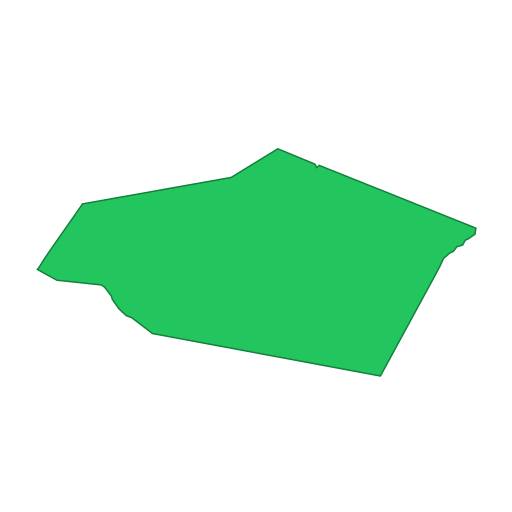 the district of Pedro Avelino, Rio Grande do Norte, Brazil, rotated 275°
{"feature_id": "56859067B85283372210040", "entity_name": "Pedro Avelino", "entity_type": "district", "adm_level": 2, "iso_a3": "BRA", "parent_name": "Brazil", "parent_adm1": "Rio Grande do Norte", "projection": "equal_earth", "projection_center": [-36.335, -5.465], "detail": "fine", "context": "isolated", "style": "filled", "palette": "green", "viewbox_px": 512, "rotation_deg": 275, "n_neighbors": 0, "source": "geoboundaries", "source_scale": "gbopen_adm2", "svg_char_len": 761}
<svg xmlns="http://www.w3.org/2000/svg" viewBox="0 0 512 512"><g transform="rotate(275 256 256)"><path d="M147.3,390.4L253.5,436.6L261.2,439.9L270.1,443.1L273.5,446.6L275.5,448.2L277.7,452.1L282.8,455.4L284.9,460.9L290.0,463.1L291.4,465.7L294.1,469.0L296.9,472.3L302.9,472.6L327.2,392.4L337.1,359.6L349.0,320.2L351.8,311.1L349.4,308.7L352.6,306.8L364.7,268.4L332.1,224.4L318.6,174.3L292.8,78.7L257.8,58.5L254.3,56.5L239.2,47.9L234.3,45.2L231.6,43.8L229.3,42.7L226.2,41.0L223.5,39.4L214.5,59.8L213.7,104.3L212.1,107.4L209.9,109.6L203.4,115.4L200.4,116.6L197.7,118.7L194.7,121.3L191.9,123.7L188.8,127.3L185.2,132.2L183.7,137.6L175.1,151.2L169.7,159.7L158.2,278.0L152.6,335.4L149.1,371.6L147.3,390.4Z" fill="#22c55e" stroke="#15803d" stroke-width="1.5"/></g></svg>